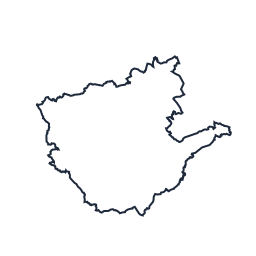 Tlaltenango de Sánchez Román, Zacatecas, Mexico (Robinson projection), rotated 140°
{"feature_id": "50627088B31443203772787", "entity_name": "Tlaltenango de Sánchez Román", "entity_type": "district", "adm_level": 2, "iso_a3": "MEX", "parent_name": "Mexico", "parent_adm1": "Zacatecas", "projection": "robinson", "projection_center": [-103.236, 21.775], "detail": "fine", "context": "isolated", "style": "outline", "palette": "slate", "viewbox_px": 256, "rotation_deg": 140, "n_neighbors": 0, "source": "geoboundaries", "source_scale": "gbopen_adm2", "svg_char_len": 5746}
<svg xmlns="http://www.w3.org/2000/svg" viewBox="0 0 256 256"><g transform="rotate(140 128 128)"><path d="M49.8,63.3L51.3,66.0L53.0,67.7L52.9,68.5L54.2,70.4L54.4,72.1L54.8,72.1L55.2,72.8L56.1,73.0L57.2,75.4L57.9,75.6L58.1,76.9L59.3,75.7L59.7,74.6L61.3,72.8L61.2,72.3L63.1,72.4L62.6,73.9L63.0,75.0L64.6,76.6L66.4,76.7L67.3,75.4L68.8,76.1L69.3,76.9L70.8,77.9L74.4,78.5L75.0,79.3L76.5,79.7L77.8,79.4L90.5,84.3L92.4,84.4L94.1,83.5L95.9,83.6L97.5,84.1L97.9,84.7L97.9,85.5L98.7,86.8L98.8,88.7L99.9,89.8L99.5,91.7L100.1,92.2L100.1,93.9L100.6,96.3L98.5,96.4L98.3,98.2L99.4,98.6L99.8,100.4L99.7,101.5L99.0,103.3L98.0,102.6L95.7,103.0L95.0,102.7L92.2,103.4L91.5,104.1L91.1,106.3L91.8,106.5L91.7,107.2L91.3,107.7L91.7,109.6L91.5,110.7L88.6,109.3L88.1,106.5L87.7,105.9L87.4,106.4L87.4,107.9L85.8,109.9L84.9,110.2L84.5,109.6L83.3,111.2L82.2,111.4L81.6,110.1L82.6,108.3L82.4,107.8L79.7,107.1L78.2,104.8L76.4,104.7L76.1,107.5L75.3,108.9L75.0,110.2L74.4,115.8L74.5,121.2L73.4,121.6L70.9,120.8L67.7,118.3L66.7,118.4L63.4,117.5L63.3,119.9L62.8,121.3L62.5,123.6L56.9,126.2L56.6,127.0L55.0,134.9L57.0,139.5L57.9,142.8L56.9,142.2L55.5,143.2L54.2,142.9L52.3,145.8L51.0,145.4L51.8,144.3L48.8,146.2L48.1,146.0L47.9,145.1L47.2,144.6L45.1,150.7L46.1,150.8L46.1,152.7L49.3,152.9L53.4,154.2L55.0,154.3L56.4,153.6L58.4,155.2L60.6,155.8L61.6,156.4L62.8,159.7L62.5,160.8L62.1,161.0L62.2,161.8L61.8,161.5L61.8,162.0L61.1,162.4L61.0,162.9L62.0,163.1L62.2,163.5L61.5,164.3L61.5,164.7L63.3,164.9L64.3,163.4L66.1,162.7L68.2,160.5L69.2,158.6L69.5,159.5L69.5,161.7L70.8,163.8L71.8,164.8L76.0,161.9L76.6,161.1L77.5,160.9L78.2,161.1L78.7,160.3L80.5,160.4L80.7,161.7L82.0,163.3L82.7,166.6L84.9,169.5L86.6,169.9L88.0,170.0L91.6,168.1L91.4,167.6L92.3,165.6L93.3,165.8L93.3,166.1L97.5,166.7L97.5,165.0L98.1,163.0L97.2,162.3L97.0,161.7L97.8,161.1L98.5,162.1L99.4,162.1L99.4,163.2L100.9,163.3L102.3,163.0L105.7,165.1L107.9,166.1L109.0,166.2L110.4,167.1L110.0,167.8L109.5,170.1L110.3,170.4L109.7,171.2L109.9,174.4L111.6,175.0L111.9,175.4L112.2,175.2L113.8,176.7L115.2,177.1L115.5,176.5L118.0,177.3L120.3,176.7L125.5,183.1L127.1,183.9L127.5,184.5L127.4,185.0L128.3,186.1L129.7,186.5L130.8,186.0L131.7,186.3L132.7,185.5L134.4,185.2L135.0,185.9L136.1,186.2L136.7,185.8L137.1,184.1L138.5,184.2L139.5,183.5L140.7,183.6L141.6,184.5L143.0,184.7L148.1,188.2L148.9,188.2L150.8,189.2L151.7,190.1L151.9,191.1L152.9,192.3L153.5,193.6L154.6,194.7L154.6,195.2L155.8,195.4L156.2,195.2L156.6,194.3L158.7,193.9L159.7,194.4L160.0,195.9L161.5,195.6L161.9,196.4L162.5,196.5L164.0,195.8L164.8,195.8L164.9,195.4L165.9,194.7L166.8,195.9L166.3,198.1L167.4,198.6L168.4,197.9L169.0,198.8L169.7,201.5L169.3,203.1L170.1,203.6L171.6,204.1L173.8,202.8L175.4,202.6L176.7,203.0L176.8,202.0L178.5,201.6L181.7,203.2L182.3,204.5L183.0,204.2L183.0,202.5L183.5,200.7L183.5,197.9L185.4,193.2L185.7,191.1L186.9,190.1L186.3,189.0L186.6,187.9L186.4,186.0L186.6,185.5L186.0,184.4L185.7,182.1L187.6,180.1L187.8,179.1L189.0,178.6L189.7,177.5L191.7,177.6L191.9,176.8L193.0,176.4L192.9,176.1L193.1,175.7L194.5,175.3L195.6,174.4L199.0,170.1L199.1,166.8L199.6,166.6L198.0,165.0L197.4,164.8L196.4,165.4L196.0,164.6L195.0,164.1L194.5,163.1L194.6,161.9L195.8,160.4L194.7,157.3L195.0,156.3L195.7,157.3L196.0,157.1L196.4,158.4L197.7,158.5L199.6,159.9L201.2,160.1L202.2,159.5L202.8,159.6L203.8,157.8L204.2,157.6L206.7,158.4L206.8,156.6L205.5,154.6L205.9,153.7L206.2,149.9L206.8,149.2L207.1,150.5L207.9,150.4L208.7,151.0L209.7,150.9L210.3,151.6L210.9,151.3L210.1,148.6L208.3,146.4L208.7,145.7L208.4,145.3L209.7,143.4L209.1,142.6L208.5,142.3L208.4,141.8L208.9,141.0L208.8,140.5L207.4,139.3L207.4,139.0L207.9,138.4L207.5,137.8L207.5,137.1L207.1,136.7L206.2,136.9L205.5,135.8L204.9,135.8L204.5,134.3L202.8,135.4L203.0,134.3L201.3,132.3L202.4,131.2L202.2,130.7L202.7,129.4L204.2,127.6L204.5,126.6L204.2,120.1L203.5,118.2L204.1,115.1L203.6,112.8L203.7,110.3L204.2,108.4L204.0,107.5L203.4,106.8L203.9,105.7L203.6,105.0L204.5,104.0L205.5,103.8L207.2,100.9L208.8,99.3L208.1,99.1L207.4,98.0L206.6,97.6L207.0,96.6L206.4,95.9L206.4,94.9L206.1,94.9L206.1,94.1L206.4,93.7L206.0,92.7L205.7,92.5L205.2,92.8L204.5,91.9L202.6,91.2L201.7,89.7L202.1,89.1L203.0,88.9L203.3,87.3L204.1,86.4L205.6,85.7L204.8,84.5L203.4,84.1L203.3,81.4L202.5,80.1L199.7,79.8L196.2,77.0L193.9,76.7L191.9,75.6L191.5,74.9L191.6,74.0L190.2,73.0L190.2,72.2L189.6,71.7L189.0,69.1L189.1,68.0L186.3,66.8L184.3,65.4L183.6,65.9L182.7,66.0L180.4,65.6L177.3,64.2L176.4,63.4L175.7,63.9L173.5,63.3L174.5,55.4L174.2,53.6L172.9,51.5L172.3,52.0L170.1,52.0L169.3,52.7L169.0,53.6L168.0,54.2L166.9,54.3L166.2,53.7L165.0,54.4L164.2,53.0L163.6,52.8L161.6,54.4L156.2,55.4L154.8,56.4L152.4,58.8L149.7,60.0L148.3,58.3L145.6,56.4L144.2,57.3L142.1,56.1L141.2,56.0L139.7,56.1L138.1,56.9L137.8,56.4L138.2,55.5L137.6,54.9L137.7,53.6L137.4,53.4L135.0,53.2L131.9,52.0L131.8,52.3L127.5,52.2L126.0,52.5L125.4,52.2L124.9,52.8L122.9,53.2L122.5,54.1L121.7,54.5L121.3,54.3L121.5,54.7L121.1,55.0L120.6,54.8L119.9,55.2L119.4,55.2L118.7,54.6L118.8,53.8L117.6,54.6L116.7,55.9L115.9,56.1L115.3,56.6L115.1,55.3L114.8,55.3L114.6,55.8L114.0,55.8L113.6,56.5L114.2,58.4L114.8,58.6L114.7,59.2L114.1,59.0L112.8,59.7L111.4,61.2L111.3,61.7L110.8,62.0L109.7,61.4L109.4,62.1L108.6,62.1L108.4,62.7L107.4,62.7L105.5,65.2L104.6,65.6L103.7,65.3L102.4,65.8L100.3,65.2L99.6,65.9L98.8,65.6L98.4,65.1L98.6,64.7L98.1,64.2L96.7,64.2L96.1,64.4L95.7,65.2L96.3,66.7L95.6,67.3L92.4,65.7L83.7,65.5L76.4,62.5L71.2,63.1L70.7,63.6L70.1,63.7L69.1,63.3L68.5,64.7L66.2,65.4L65.5,66.1L64.5,63.4L64.2,63.3L63.6,62.0L62.7,61.9L62.5,62.5L62.1,62.5L61.5,62.2L61.2,63.1L60.5,63.1L60.2,62.4L58.4,61.8L57.4,60.5L56.3,60.3L54.7,57.2L53.7,57.2L52.2,58.4L52.7,59.3L52.1,59.6L52.2,61.0L51.1,61.6L51.1,62.6L49.8,63.3Z" fill="none" stroke="#1e293b" stroke-width="2"/></g></svg>